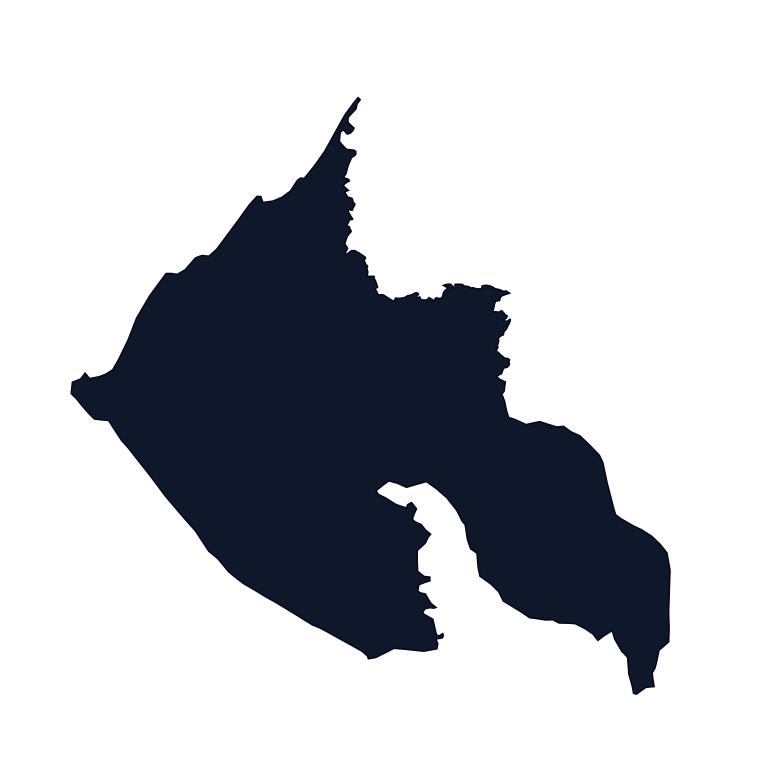 Dugbe River, Sinoe, Liberia (Natural Earth projection), rotated 96°
{"feature_id": "62588387B59492535947478", "entity_name": "Dugbe River", "entity_type": "district", "adm_level": 2, "iso_a3": "LBR", "parent_name": "Liberia", "parent_adm1": "Sinoe", "projection": "natural_earth1", "projection_center": [-8.749, 4.981], "detail": "fine", "context": "isolated", "style": "filled", "palette": "ink", "viewbox_px": 768, "rotation_deg": 96, "n_neighbors": 0, "source": "geoboundaries", "source_scale": "gbopen_adm2", "svg_char_len": 6116}
<svg xmlns="http://www.w3.org/2000/svg" viewBox="0 0 768 768"><g transform="rotate(96 384 384)"><path d="M641.8,303.7L636.7,303.3L632.3,305.8L630.4,299.5L628.0,298.6L626.1,299.5L629.1,303.3L627.5,305.8L621.2,308.0L612.8,310.8L608.8,320.3L606.6,321.8L602.8,319.0L601.7,314.6L601.7,310.8L600.7,308.9L597.4,314.3L593.4,317.4L588.5,320.9L587.9,326.2L586.3,328.7L580.1,328.4L577.4,323.4L574.9,317.7L571.2,318.3L571.2,324.0L566.8,330.9L556.3,332.5L546.7,333.4L546.0,333.4L538.0,326.3L531.8,324.1L528.5,321.9L525.0,327.3L519.9,332.3L517.7,338.9L515.5,341.7L510.4,340.5L504.7,338.6L499.0,344.2L501.4,347.7L505.0,349.0L502.5,359.7L497.4,370.0L494.4,377.8L494.1,378.5L490.9,380.7L484.7,374.4L479.8,369.1L481.4,360.0L482.6,356.4L484.4,350.8L480.9,342.3L476.6,331.7L482.8,320.7L490.6,309.6L502.3,298.3L512.6,291.7L515.3,288.6L529.9,284.8L538.8,280.7L541.8,275.3L542.6,273.8L556.4,271.3L565.1,268.5L571.9,256.6L578.4,248.4L587.3,242.7L596.0,224.5L601.2,214.6L601.3,207.7L601.8,198.6L600.8,191.7L603.4,185.0L602.6,175.3L602.4,168.7L606.1,158.9L610.8,150.1L616.7,144.5L611.8,139.4L605.4,131.3L613.7,127.8L624.7,119.8L630.4,113.2L647.2,110.1L658.8,105.4L665.6,103.5L666.1,100.6L658.3,91.8L656.9,84.8L656.7,83.7L648.5,85.9L643.4,87.1L638.5,84.9L633.4,84.0L620.1,82.7L610.7,73.9L597.9,74.8L581.7,77.0L579.2,77.2L568.1,78.0L560.0,78.6L539.2,80.1L524.6,84.3L522.3,85.0L514.4,92.8L507.4,101.9L502.2,112.3L498.7,122.1L495.8,128.5L493.3,134.0L489.8,140.0L484.6,142.2L458.6,151.9L439.1,158.2L432.4,162.3L423.7,172.7L415.2,183.5L411.9,193.2L407.3,201.1L408.7,207.7L407.0,216.5L405.1,225.0L407.6,232.9L409.5,238.5L407.3,244.8L405.1,252.1L404.3,256.5L398.6,259.0L394.3,260.5L388.9,262.1L384.5,264.3L382.1,265.9L378.3,263.7L374.0,263.7L369.3,263.5L367.1,269.8L364.4,272.9L361.4,268.2L355.7,266.7L354.4,263.2L353.0,261.9L350.6,261.3L349.0,262.2L346.8,261.6L345.7,263.5L345.7,266.6L343.0,270.7L340.3,274.1L340.7,274.6L340.1,275.8L339.1,275.8L337.8,275.2L336.3,275.3L335.8,274.5L335.0,275.0L333.2,275.0L330.5,274.6L329.3,274.4L327.3,274.9L326.1,274.9L324.8,273.7L323.2,271.7L323.0,270.8L320.4,270.2L319.1,269.9L316.6,268.0L313.9,267.2L310.8,265.8L307.8,265.0L306.6,265.1L306.7,266.0L308.5,267.6L308.8,269.2L308.5,271.2L307.4,272.0L306.8,271.4L306.8,270.4L306.0,269.5L304.4,268.7L303.3,268.7L302.2,271.1L300.6,272.4L298.7,274.8L299.5,275.7L300.5,277.2L300.5,280.6L300.7,283.4L298.6,283.1L295.3,282.6L292.0,282.3L289.8,281.5L289.7,280.3L288.8,277.7L287.0,277.6L285.0,277.0L283.8,275.6L280.5,268.6L278.7,272.1L279.4,275.3L278.5,277.1L277.8,280.9L277.7,283.5L276.9,284.6L275.8,287.2L275.3,289.1L275.1,292.1L275.6,295.2L276.4,296.8L278.4,296.9L279.3,297.4L279.4,299.3L279.6,301.5L279.3,303.9L278.8,305.6L279.3,306.5L279.3,307.8L278.6,309.3L278.1,311.6L278.2,314.4L276.8,316.4L276.8,317.8L277.1,321.5L277.3,323.6L278.5,323.9L280.3,323.2L281.4,323.2L281.4,324.0L281.0,324.7L280.2,325.3L279.6,325.7L279.1,326.7L277.9,328.1L277.8,329.8L278.3,332.0L279.2,334.3L279.7,335.3L280.2,334.5L280.7,332.8L281.8,331.1L282.6,331.1L284.3,332.8L285.8,333.9L288.0,334.7L290.8,334.9L292.5,335.8L293.1,337.1L292.9,340.9L293.1,341.7L294.8,342.5L295.9,343.1L296.3,343.8L296.0,344.3L295.1,344.6L294.6,345.3L294.4,346.7L293.6,347.5L293.3,348.2L295.2,349.6L295.9,350.5L296.2,352.1L296.2,353.4L296.4,354.6L296.4,355.7L295.5,356.5L294.4,357.3L293.8,357.4L293.7,358.2L294.7,358.9L294.6,359.8L293.5,360.7L292.6,360.7L291.8,359.4L291.3,359.0L290.7,359.3L290.1,360.0L289.9,361.0L290.1,362.4L292.4,365.8L293.3,368.2L293.8,369.9L295.4,371.9L296.3,373.4L296.4,374.8L297.1,376.4L297.3,378.1L297.3,381.5L299.4,382.1L300.2,383.1L300.1,384.6L299.3,386.3L298.5,387.9L297.7,389.4L296.0,392.7L295.3,394.6L295.4,395.8L295.7,396.9L296.1,398.6L295.2,399.6L292.7,401.0L290.0,403.1L289.2,401.4L288.6,400.5L287.6,400.8L282.3,403.2L281.1,404.1L280.2,404.9L278.5,404.8L278.0,405.6L278.2,407.8L278.8,411.4L276.8,412.0L274.2,411.8L270.5,413.2L268.9,412.6L268.0,413.0L267.5,414.2L266.4,414.9L262.9,416.7L261.1,415.6L260.3,415.5L259.2,416.9L258.5,418.3L256.4,422.3L255.3,425.2L254.4,426.6L254.6,428.2L254.7,430.0L256.3,432.0L258.6,434.2L258.8,435.5L257.7,436.2L255.2,435.3L253.4,434.4L252.7,434.5L251.4,435.4L249.1,437.6L247.5,437.4L244.0,436.7L241.0,436.0L238.5,434.4L236.0,432.7L235.1,432.7L233.3,434.1L231.7,434.6L231.1,435.1L230.8,437.2L230.3,437.6L225.1,435.6L223.5,435.0L224.0,433.3L223.5,432.4L222.7,432.7L220.8,434.4L218.7,435.9L217.8,436.5L216.1,437.7L214.2,437.1L214.1,436.4L214.6,434.6L214.4,433.6L213.4,433.5L211.9,433.1L210.6,432.4L209.2,431.9L208.0,431.8L206.5,433.6L205.0,434.2L203.6,434.5L202.7,435.4L202.3,437.2L202.0,439.4L201.4,440.0L197.4,443.1L196.5,442.1L195.1,439.6L194.1,441.1L192.7,443.1L191.0,445.1L189.4,444.3L188.6,443.5L187.5,442.3L185.8,439.7L184.4,440.4L183.8,441.8L183.4,444.6L182.6,445.5L180.9,445.0L179.1,443.9L174.2,443.1L170.0,442.4L164.9,440.7L162.4,440.1L160.8,438.1L159.4,436.5L158.0,436.1L155.9,436.3L155.0,437.4L154.6,438.2L154.6,442.3L154.6,445.1L153.9,446.6L151.9,448.9L149.5,451.7L147.2,453.8L142.6,453.8L138.5,453.8L136.6,452.6L135.8,450.2L138.0,448.3L139.3,446.7L138.0,443.7L135.1,441.4L132.6,440.5L131.0,442.8L127.8,446.9L125.5,447.5L122.1,447.3L117.3,443.6L113.3,440.6L108.0,440.0L104.2,437.5L103.5,437.5L101.9,439.7L108.0,443.8L120.8,451.2L158.8,467.3L173.5,475.5L187.9,484.8L187.9,488.7L190.6,491.5L202.0,497.3L209.0,505.1L213.7,513.6L216.1,523.4L210.4,526.1L210.7,530.0L220.4,537.0L236.8,546.3L267.5,564.5L275.2,571.5L275.2,578.5L278.3,584.7L291.2,593.7L296.6,601.1L296.3,607.3L296.9,612.3L321.0,626.4L338.6,634.3L344.1,636.9L366.9,643.1L386.3,650.1L398.1,655.2L400.4,658.1L403.1,661.4L406.4,667.7L409.4,677.4L404.4,682.4L410.8,686.3L414.8,694.1L426.3,694.1L430.5,688.7L437.6,681.6L444.8,673.8L449.1,668.3L449.2,661.9L449.1,654.1L467.5,639.2L474.2,631.8L487.5,618.9L500.0,606.7L518.6,589.5L534.8,572.5L549.9,556.1L552.5,554.0L568.7,540.7L575.0,531.1L586.9,519.0L589.8,514.7L591.8,511.7L597.3,502.7L602.6,490.8L607.4,480.8L612.5,468.9L620.8,451.3L631.1,430.0L633.1,422.8L637.1,413.0L652.0,378.0L656.2,372.1L658.9,370.8L656.9,363.7L649.9,352.7L645.8,346.4L645.6,334.4L645.6,316.5L641.8,303.7Z" fill="#0f172a" stroke="#020617" stroke-width="1.5"/></g></svg>